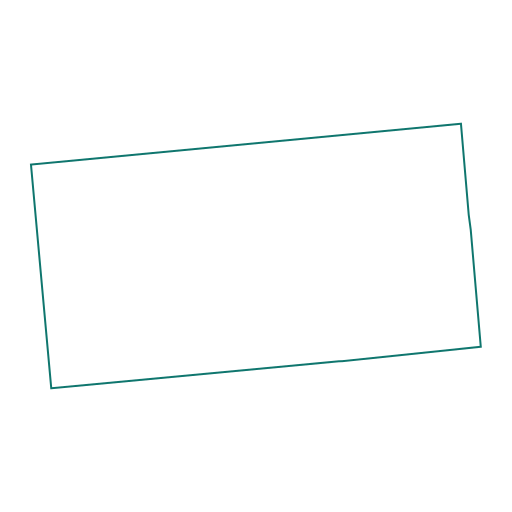 Schleicher, Texas, United States of America, rotated 175°
{"feature_id": "52423323B17811041209466", "entity_name": "Schleicher", "entity_type": "district", "adm_level": 2, "iso_a3": "USA", "parent_name": "United States of America", "parent_adm1": "Texas", "projection": "albers", "projection_center": [-100.712, 30.897], "detail": "fine", "context": "isolated", "style": "outline", "palette": "teal", "viewbox_px": 512, "rotation_deg": 175, "n_neighbors": 0, "source": "geoboundaries", "source_scale": "gbopen_adm2", "svg_char_len": 269}
<svg xmlns="http://www.w3.org/2000/svg" viewBox="0 0 512 512"><g transform="rotate(175 256 256)"><path d="M40.0,146.0L39.8,263.5L40.5,278.5L40.3,369.9L472.2,366.7L471.5,142.1L182.7,143.9L179.3,143.7L40.0,146.0Z" fill="none" stroke="#0f766e" stroke-width="2"/></g></svg>